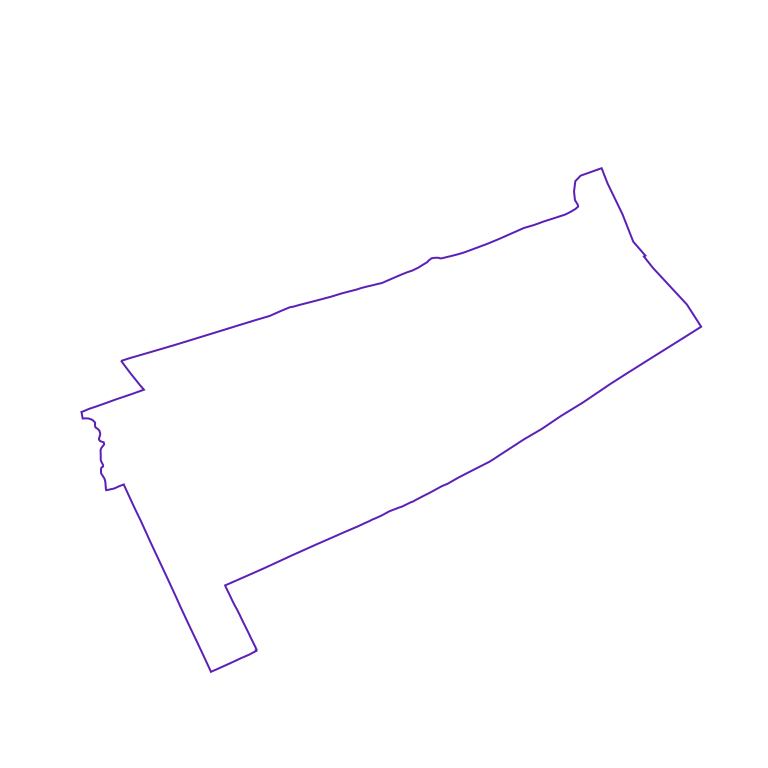 the district of Catane, Dolj, Romania, rotated 238°
{"feature_id": "2599482B93473843734179", "entity_name": "Catane", "entity_type": "district", "adm_level": 2, "iso_a3": "ROU", "parent_name": "Romania", "parent_adm1": "Dolj", "projection": "robinson", "projection_center": [23.421, 43.905], "detail": "fine", "context": "isolated", "style": "outline", "palette": "violet", "viewbox_px": 768, "rotation_deg": 238, "n_neighbors": 0, "source": "geoboundaries", "source_scale": "gbopen_adm2", "svg_char_len": 2668}
<svg xmlns="http://www.w3.org/2000/svg" viewBox="0 0 768 768"><g transform="rotate(238 384 384)"><path d="M542.3,173.4L528.1,174.6L511.1,176.6L506.4,177.4L509.4,163.6L512.7,149.8L514.5,141.4L515.3,137.6L517.2,129.0L519.2,120.7L520.1,115.0L520.6,112.6L518.0,111.6L514.4,110.2L512.9,112.9L511.6,114.9L509.9,116.3L507.9,117.8L506.5,118.1L504.4,118.6L503.9,118.2L503.1,117.7L502.1,117.0L500.7,116.4L499.8,116.4L498.7,117.0L497.6,117.4L495.6,117.9L493.9,117.6L492.0,116.9L490.9,115.9L490.4,115.2L489.5,114.4L488.9,113.5L488.0,112.9L486.0,113.0L483.0,115.4L481.1,114.7L479.5,110.4L478.3,108.7L473.0,105.6L472.3,105.2L470.1,103.7L467.9,103.1L464.7,102.9L463.5,102.5L462.9,102.0L462.9,101.2L462.8,100.0L461.8,98.9L459.7,97.6L457.9,96.7L456.2,96.8L454.5,96.8L452.2,96.8L450.2,96.4L447.6,95.3L446.0,94.4L445.2,94.0L444.4,93.6L444.0,93.4L443.7,93.2L443.4,93.2L443.1,93.0L442.6,92.6L441.1,92.2L438.4,99.6L437.6,105.6L436.7,110.1L435.7,109.9L413.0,107.0L402.3,105.8L398.1,105.4L382.2,103.3L373.3,102.1L347.5,99.0L331.0,97.0L313.7,94.8L302.9,93.3L285.8,91.2L263.9,88.7L255.4,87.7L250.4,87.1L235.1,85.2L231.6,84.7L231.6,84.9L230.3,93.9L229.3,101.4L228.7,105.7L227.3,117.2L225.9,126.5L225.6,131.0L225.3,134.2L226.2,134.2L226.1,135.1L228.6,135.5L236.6,136.3L245.6,137.3L252.7,138.0L259.7,138.7L265.7,139.4L271.3,139.9L275.7,140.1L279.9,140.5L289.4,141.6L294.7,142.1L297.4,142.5L294.7,161.0L291.1,186.1L287.6,214.1L283.9,240.9L279.6,270.3L278.4,278.1L277.2,285.8L276.2,293.9L275.5,298.7L275.2,302.6L274.7,305.2L273.8,311.6L273.2,321.2L271.3,331.1L270.5,334.2L269.9,340.0L269.5,344.0L269.0,346.0L268.8,349.9L268.2,357.8L267.5,365.5L266.7,379.0L265.7,385.0L265.2,397.7L264.1,410.8L262.9,424.4L262.2,432.2L262.2,437.2L262.4,444.3L262.9,473.2L262.3,494.0L263.1,517.1L262.9,543.1L264.1,575.8L264.3,594.2L264.4,626.3L264.4,650.0L264.5,683.3L267.4,683.3L290.9,683.0L339.9,673.6L354.4,672.0L354.3,673.7L372.6,670.8L401.6,676.2L435.8,679.9L451.7,682.9L456.5,661.2L454.6,653.7L446.6,647.2L438.8,643.4L433.2,643.3L431.6,642.6L431.0,639.2L431.1,634.1L431.3,631.3L431.7,627.3L437.2,605.5L438.4,599.7L439.5,594.8L440.2,592.3L442.2,585.3L444.5,569.2L446.1,558.0L448.0,546.6L453.2,521.2L454.6,516.2L457.0,508.6L458.6,503.8L460.0,499.6L460.8,498.1L462.1,497.2L463.7,494.7L465.4,491.0L465.0,486.9L464.4,485.6L464.5,480.9L464.5,478.1L464.5,474.8L465.2,468.2L466.5,462.7L467.5,457.3L469.2,446.2L470.8,435.5L471.9,432.5L473.9,426.3L475.9,420.5L477.5,415.4L478.5,411.2L480.0,406.5L483.2,396.3L486.1,385.4L491.5,367.9L495.8,354.4L497.7,347.9L499.0,344.8L500.7,334.5L502.3,323.1L505.8,310.6L507.1,305.8L527.9,227.5L540.9,181.2L542.7,174.0L542.3,173.4Z" fill="none" stroke="#5b21b6" stroke-width="2"/></g></svg>